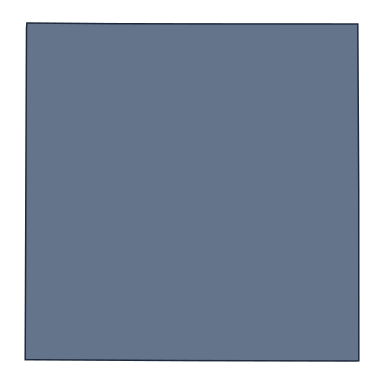 the district of Cass, Iowa, United States of America
{"feature_id": "52423323B96311963855013", "entity_name": "Cass", "entity_type": "district", "adm_level": 2, "iso_a3": "USA", "parent_name": "United States of America", "parent_adm1": "Iowa", "projection": "albers", "projection_center": [-94.938, 41.332], "detail": "fine", "context": "isolated", "style": "filled", "palette": "slate", "viewbox_px": 384, "rotation_deg": 0, "n_neighbors": 0, "source": "geoboundaries", "source_scale": "gbopen_adm2", "svg_char_len": 254}
<svg xmlns="http://www.w3.org/2000/svg" viewBox="0 0 384 384"><path d="M26.9,23.0L26.5,28.1L25.2,359.7L192.5,360.6L355.5,361.0L358.8,360.8L358.7,192.5L357.8,24.0L193.3,23.9L109.9,23.7L26.9,23.0Z" fill="#64748b" stroke="#1e293b" stroke-width="1.5"/></svg>